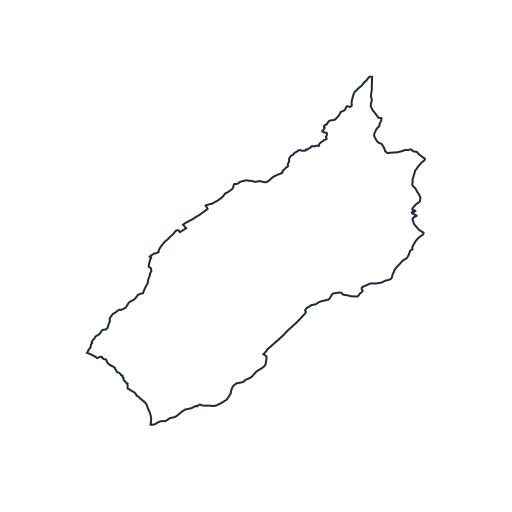 Titesti, Vâlcea, Romania (Robinson projection), rotated 338°
{"feature_id": "2599482B31663293500229", "entity_name": "Titesti", "entity_type": "district", "adm_level": 2, "iso_a3": "ROU", "parent_name": "Romania", "parent_adm1": "Vâlcea", "projection": "robinson", "projection_center": [24.419, 45.417], "detail": "fine", "context": "isolated", "style": "outline", "palette": "slate", "viewbox_px": 512, "rotation_deg": 338, "n_neighbors": 0, "source": "geoboundaries", "source_scale": "gbopen_adm2", "svg_char_len": 6074}
<svg xmlns="http://www.w3.org/2000/svg" viewBox="0 0 512 512"><g transform="rotate(338 256 256)"><path d="M430.7,133.4L428.4,132.3L426.2,133.3L424.6,134.4L422.6,135.2L421.0,135.5L420.3,136.3L417.3,137.8L413.7,138.9L408.8,141.0L407.2,142.4L403.0,147.9L402.1,149.5L401.4,151.5L401.3,152.2L401.1,152.4L399.6,153.0L399.0,153.0L398.4,152.7L397.0,151.3L396.6,151.2L394.9,152.1L394.3,152.9L392.8,154.1L388.5,154.2L385.4,156.9L380.5,159.1L379.1,159.1L375.9,158.2L374.7,158.2L373.7,158.5L372.6,159.3L371.6,159.7L370.8,160.6L369.7,160.4L367.9,160.8L367.4,161.8L367.7,162.3L367.8,162.9L366.7,163.7L364.5,164.7L364.2,165.1L364.2,165.6L364.8,166.2L366.0,167.3L367.4,168.1L367.7,168.6L367.5,169.7L367.1,170.3L366.1,171.2L365.4,171.6L365.6,173.1L365.2,174.0L362.2,174.1L361.1,174.6L358.8,174.9L356.7,175.8L356.1,176.4L355.6,177.4L355.0,177.3L354.5,176.8L353.7,176.5L352.7,176.2L351.9,176.4L350.2,175.8L349.3,175.1L348.9,175.1L348.3,175.1L347.1,176.0L345.7,176.0L344.0,176.4L342.8,176.5L342.6,176.0L342.3,175.9L341.6,176.7L341.4,176.8L338.5,175.8L335.8,174.0L334.3,174.1L333.1,174.6L331.2,174.7L329.7,175.1L328.5,175.9L325.9,176.3L323.5,177.8L323.1,178.2L322.0,181.0L321.4,181.6L320.2,182.3L319.2,184.8L318.9,185.0L316.8,185.3L315.3,186.1L312.8,187.0L312.1,187.5L312.2,188.2L311.8,188.5L309.7,188.9L306.7,188.7L301.4,189.1L300.4,189.6L299.6,189.6L297.8,190.5L294.7,191.3L292.4,191.2L290.6,190.2L288.5,188.5L287.3,187.9L282.8,186.9L280.3,184.9L278.7,184.0L277.5,183.6L275.9,182.4L275.2,182.1L269.0,181.3L267.5,181.8L266.0,182.0L264.7,181.9L263.5,181.3L262.7,181.2L261.8,182.0L260.3,184.1L258.5,185.2L253.2,186.4L251.1,186.4L248.2,188.1L245.4,189.3L240.9,190.3L237.1,190.7L234.9,191.1L232.7,190.6L228.2,190.3L228.6,192.4L228.8,194.1L228.7,194.3L218.9,196.8L215.0,197.3L210.1,198.2L203.1,198.9L200.1,199.6L201.6,204.1L194.5,205.4L193.9,203.5L192.8,202.5L190.8,202.7L187.8,204.5L185.1,205.4L180.8,207.3L176.8,208.6L173.3,210.4L169.2,213.1L167.6,214.7L167.3,215.7L167.0,216.0L163.5,215.9L162.5,215.4L161.6,215.8L159.5,216.1L157.2,216.8L157.5,217.5L158.2,217.9L158.3,218.3L156.6,219.7L153.2,224.2L152.5,225.7L153.9,227.8L153.4,230.7L150.8,232.9L150.6,233.9L147.1,237.6L145.4,240.7L144.0,241.6L140.1,245.1L137.7,247.7L137.5,248.1L136.9,248.2L134.9,247.7L131.8,247.9L128.6,249.9L127.4,250.4L126.3,250.8L121.6,251.3L120.1,251.9L116.2,254.8L115.2,255.2L111.6,255.5L110.7,255.4L109.0,254.6L106.7,255.0L104.1,255.9L101.7,256.0L96.9,259.1L96.1,261.7L95.8,262.3L94.7,263.0L93.5,264.3L92.5,265.8L91.0,267.3L89.6,267.9L86.8,267.2L85.6,267.1L84.7,267.6L83.7,268.5L81.2,269.8L76.8,270.6L75.5,271.8L72.3,273.4L71.5,274.1L71.5,275.2L71.3,275.5L69.8,276.2L68.4,278.7L65.6,280.2L64.4,281.5L63.0,282.4L66.8,286.2L68.5,288.4L69.2,289.0L70.3,291.1L74.1,291.1L75.0,291.5L75.3,291.8L75.2,292.8L75.9,293.6L76.1,294.5L77.3,295.1L78.2,295.9L78.2,298.6L79.0,301.2L79.6,302.1L80.4,302.7L80.6,303.6L81.7,304.4L82.5,305.7L83.0,306.1L83.2,306.6L83.0,307.1L83.2,308.4L83.6,309.2L83.4,310.7L84.0,311.9L84.7,312.4L85.7,313.7L86.0,314.3L86.3,316.0L87.4,316.8L87.4,317.3L87.0,317.9L87.0,318.3L87.6,319.4L86.9,320.8L86.9,321.4L88.3,325.3L89.0,325.8L89.2,326.1L88.5,327.2L88.2,328.8L87.3,330.4L87.3,330.8L88.7,332.1L88.9,332.8L91.9,336.6L93.0,339.1L92.9,340.6L94.6,342.8L95.0,343.9L95.0,344.6L95.7,345.3L97.1,348.2L97.8,349.1L97.7,349.5L98.5,350.9L98.9,352.6L98.7,357.3L98.9,360.0L98.6,364.3L98.0,367.1L97.6,368.3L96.6,369.7L96.4,370.8L95.0,372.8L95.9,373.5L99.2,374.1L103.6,373.4L105.3,373.5L107.3,374.0L109.7,375.0L111.6,375.0L114.1,374.3L116.1,374.1L119.7,374.9L121.5,374.8L126.6,373.4L128.0,372.8L132.4,371.8L139.2,372.9L144.2,372.5L144.9,373.3L145.2,373.4L146.7,372.8L148.3,372.7L148.6,372.8L149.1,373.7L152.2,375.5L157.2,377.5L159.8,378.9L161.3,379.4L163.5,379.7L169.1,379.3L175.1,378.2L180.9,374.1L181.5,373.3L182.3,371.7L184.0,369.9L185.6,368.4L187.2,367.6L189.5,366.9L190.6,366.8L194.8,367.7L196.9,368.0L199.8,366.9L203.3,366.9L206.7,366.4L213.1,363.3L220.2,362.0L222.5,361.3L224.3,360.0L227.7,354.3L228.0,353.1L227.8,352.3L226.1,349.8L230.2,348.0L231.1,347.0L239.7,344.0L242.1,343.2L242.5,342.8L243.5,342.7L251.4,339.8L256.9,337.2L268.7,332.9L274.4,330.3L280.9,327.2L281.3,326.5L281.1,325.5L281.3,324.6L283.6,323.2L286.3,322.9L288.8,322.3L293.3,323.1L296.4,322.5L298.5,322.3L307.0,323.6L308.6,322.8L312.5,319.8L313.1,319.6L318.1,320.7L320.7,321.6L321.4,322.3L322.0,324.0L322.9,324.9L326.1,326.7L328.9,328.9L334.7,331.5L336.1,331.2L338.2,329.7L339.6,329.5L341.6,328.5L341.9,328.2L342.0,327.7L341.6,326.1L341.7,325.8L342.2,325.0L343.7,324.6L351.2,324.3L352.3,324.5L357.2,326.5L361.5,327.5L363.7,327.6L367.1,327.3L369.4,327.8L372.0,327.9L373.1,327.4L374.1,326.6L376.1,323.8L377.6,322.7L380.0,320.2L380.7,319.8L390.5,315.2L392.0,314.9L393.9,314.8L395.9,313.9L397.9,312.3L400.5,309.2L401.5,308.7L403.2,308.6L403.6,308.3L404.3,306.2L409.3,302.2L412.1,300.6L415.5,299.4L418.2,298.9L419.0,298.6L420.0,297.6L420.0,297.0L417.0,292.9L415.8,289.4L414.7,286.6L414.6,284.7L414.8,280.8L415.3,279.9L417.1,279.1L419.3,279.1L419.9,278.9L419.9,278.4L417.0,275.4L416.7,274.3L416.8,274.0L417.0,273.8L419.3,274.4L420.7,273.9L420.6,273.5L418.9,272.3L418.4,271.7L418.4,271.2L418.9,270.5L423.4,268.1L426.9,267.3L428.2,266.8L428.6,266.5L429.7,264.7L430.3,263.4L430.2,259.8L429.3,256.0L429.4,254.8L429.0,253.0L428.7,252.0L427.5,249.7L427.8,247.9L428.9,246.1L429.7,243.9L435.8,236.2L437.5,235.5L439.1,234.2L444.2,231.5L448.1,230.3L448.8,229.8L449.0,229.3L448.6,228.3L447.0,225.9L445.4,223.1L444.0,219.6L441.2,218.0L440.4,216.9L440.0,215.7L439.4,215.1L437.1,214.8L434.3,213.6L431.0,213.5L425.9,212.8L419.4,210.6L417.3,210.2L416.3,209.7L415.8,208.5L415.2,207.7L415.0,207.1L415.3,205.5L415.1,204.5L415.2,203.0L414.8,201.2L414.7,199.7L414.2,198.9L412.0,196.7L411.1,194.7L410.5,189.7L410.6,188.7L411.0,187.7L411.7,186.7L415.1,183.6L416.4,182.8L418.6,181.9L419.3,181.2L420.1,179.8L422.8,177.4L423.8,175.5L423.9,175.2L423.7,175.0L421.4,173.8L419.3,166.0L418.8,164.7L418.6,163.0L418.6,159.9L419.7,157.6L421.4,155.7L421.9,154.3L422.5,151.0L423.4,148.8L425.8,145.1L427.1,141.5L428.3,139.1L430.7,133.4Z" fill="none" stroke="#1e293b" stroke-width="2"/></g></svg>